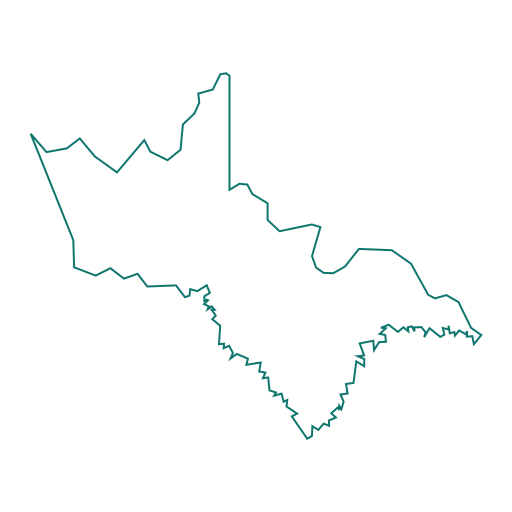 Santander (Araracuara), Amazonas, Colombia (Robinson projection)
{"feature_id": "7082276B22108715685729", "entity_name": "Santander (Araracuara)", "entity_type": "district", "adm_level": 2, "iso_a3": "COL", "parent_name": "Colombia", "parent_adm1": "Amazonas", "projection": "robinson", "projection_center": [-71.884, -1.077], "detail": "medium", "context": "isolated", "style": "outline", "palette": "teal", "viewbox_px": 512, "rotation_deg": 0, "n_neighbors": 0, "source": "geoboundaries", "source_scale": "gbopen_adm2", "svg_char_len": 1914}
<svg xmlns="http://www.w3.org/2000/svg" viewBox="0 0 512 512"><path d="M481.3,335.0L471.1,327.9L458.5,302.1L446.4,295.1L435.0,298.4L428.2,294.8L411.0,263.7L391.8,250.2L358.9,248.9L345.2,266.4L333.3,273.2L323.7,272.9L316.1,267.6L312.0,256.1L320.4,227.1L311.8,224.5L279.6,231.2L267.6,220.0L267.6,203.3L252.4,194.1L247.3,184.5L239.4,183.8L229.5,189.8L229.5,75.8L226.2,73.3L220.4,74.2L212.8,89.5L198.2,93.6L199.3,102.6L194.4,113.5L182.9,124.5L180.5,149.8L167.6,160.2L150.4,151.7L144.3,140.1L117.0,172.4L94.9,156.5L79.8,138.5L66.7,148.4L46.5,152.1L30.7,133.8L73.3,240.2L74.1,267.3L95.7,275.6L110.4,268.2L123.9,278.6L137.6,273.8L147.3,286.5L176.0,285.4L184.9,297.2L189.5,295.6L190.2,289.2L197.3,291.1L206.7,285.3L209.8,292.9L204.3,296.3L204.3,300.8L206.7,299.7L208.0,300.3L204.0,304.1L208.9,306.3L207.7,309.3L211.7,306.4L214.6,309.8L211.7,309.8L215.7,315.6L212.3,319.2L220.2,325.8L219.0,344.2L224.1,343.7L223.6,348.2L229.1,345.8L232.9,352.9L230.6,358.5L236.8,353.9L247.9,358.7L246.4,364.8L260.7,362.5L259.2,371.5L265.4,372.6L262.9,378.2L268.2,377.5L269.5,390.4L276.0,392.5L274.2,395.7L281.6,393.6L283.6,401.7L287.2,400.0L286.5,406.5L297.1,413.6L291.8,416.4L307.2,438.7L311.9,436.0L312.4,426.2L318.3,429.9L323.7,423.6L329.1,425.8L328.9,420.5L335.9,417.5L331.3,413.3L338.0,407.3L339.5,410.0L339.4,406.0L341.4,409.2L343.6,401.6L340.5,394.5L347.6,393.5L346.0,384.0L353.5,382.9L356.3,361.4L364.2,366.2L364.3,359.1L357.8,356.2L364.1,355.5L359.7,343.4L373.3,340.8L374.0,350.1L379.2,342.1L385.9,341.8L385.3,335.0L379.7,333.9L385.8,328.3L380.9,327.8L388.6,324.7L398.0,331.9L403.4,327.3L408.4,331.4L407.8,327.3L411.9,326.4L414.5,331.4L414.3,327.4L421.4,327.1L425.6,332.3L424.2,337.1L429.5,328.2L440.3,336.9L444.3,334.7L442.9,328.0L448.5,329.5L448.6,325.7L449.8,333.3L454.3,332.1L455.0,335.6L459.1,330.5L465.8,334.2L467.2,331.2L466.9,336.6L472.3,336.2L473.9,344.2L481.3,335.0Z" fill="none" stroke="#0f766e" stroke-width="2"/></svg>